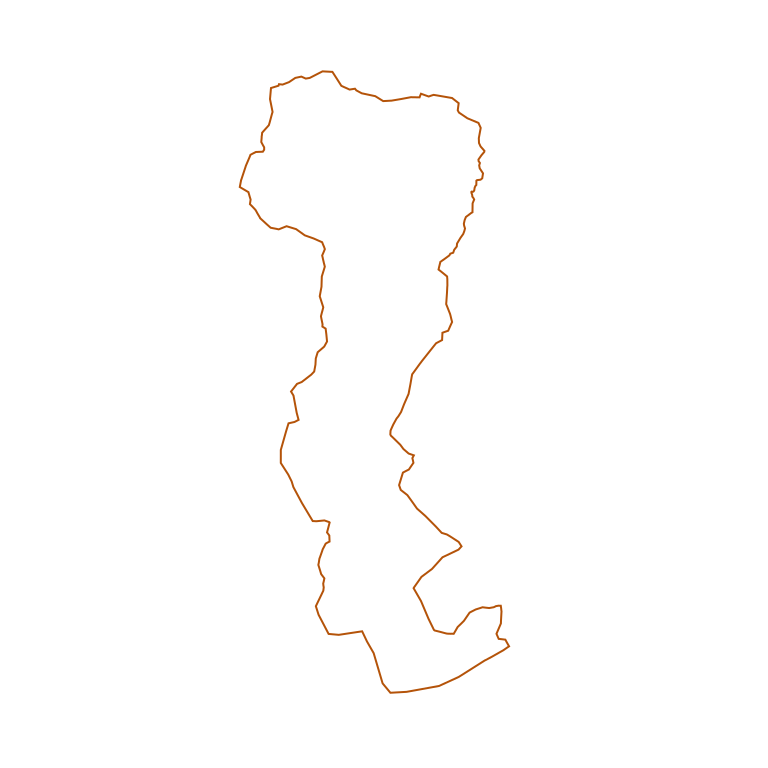 the district of Paikoro, Niger, Nigeria, rotated 107°
{"feature_id": "59680162B6318880418470", "entity_name": "Paikoro", "entity_type": "district", "adm_level": 2, "iso_a3": "NGA", "parent_name": "Nigeria", "parent_adm1": "Niger", "projection": "albers", "projection_center": [6.843, 9.493], "detail": "fine", "context": "isolated", "style": "outline", "palette": "amber", "viewbox_px": 768, "rotation_deg": 107, "n_neighbors": 0, "source": "geoboundaries", "source_scale": "gbopen_adm2", "svg_char_len": 4906}
<svg xmlns="http://www.w3.org/2000/svg" viewBox="0 0 768 768"><g transform="rotate(107 384 384)"><path d="M606.1,194.3L605.8,194.0L603.7,192.0L600.0,189.1L598.3,187.7L596.8,189.3L594.8,191.4L593.0,193.2L593.6,196.6L594.2,199.8L590.0,203.4L587.2,203.1L578.8,202.2L576.2,202.9L567.3,205.1L566.9,205.2L566.6,205.4L564.0,206.5L561.9,207.5L562.5,209.6L563.7,212.0L564.4,212.7L565.4,213.8L567.5,217.9L568.2,221.6L568.7,224.5L570.2,226.6L572.4,229.8L572.9,230.5L573.4,231.0L575.9,233.6L577.6,235.3L580.4,236.2L587.1,238.3L590.5,240.1L594.8,242.5L599.6,243.6L602.5,244.3L603.2,246.9L603.5,247.6L603.6,248.2L603.8,248.9L604.0,249.5L604.1,250.0L604.3,250.9L604.4,252.2L604.6,257.7L604.9,263.5L604.5,264.4L595.5,272.8L580.8,285.1L570.6,296.0L570.0,295.9L557.5,291.8L546.8,284.0L532.6,277.4L520.6,264.3L516.6,262.4L513.2,266.4L510.4,276.2L509.5,279.9L509.5,285.3L505.3,292.5L498.2,305.7L493.5,316.0L491.5,318.6L489.4,321.3L484.6,327.6L483.4,329.2L482.9,330.5L482.2,332.3L480.6,336.5L480.4,337.0L476.3,340.0L473.7,340.0L466.0,340.0L463.2,340.0L460.8,337.6L458.5,335.2L456.2,334.5L453.0,333.5L450.8,332.8L448.6,334.0L448.3,334.2L448.1,334.3L446.6,335.2L443.5,334.6L443.3,340.1L440.5,346.4L437.4,350.6L435.0,355.2L432.1,360.8L431.4,362.3L430.4,363.2L426.7,364.1L424.7,363.9L420.1,363.3L417.2,362.7L413.4,361.9L410.6,360.8L405.8,359.5L397.6,358.9L394.9,358.6L386.3,357.6L376.4,358.7L369.3,359.6L366.5,359.9L364.0,359.0L353.8,355.5L353.1,355.2L351.1,354.5L348.8,353.6L333.8,347.7L329.8,346.1L327.5,343.8L325.0,341.3L321.8,342.1L317.9,343.1L316.4,341.1L314.3,338.2L310.9,337.8L310.0,337.7L307.7,337.4L304.8,337.0L302.2,338.6L299.3,340.3L297.7,341.3L291.9,345.9L289.4,347.9L286.7,348.5L278.1,350.5L272.6,351.9L271.6,352.1L271.2,352.2L265.2,354.1L262.7,355.1L259.4,363.2L258.6,365.3L256.1,365.5L250.7,365.8L246.9,362.8L241.9,359.1L240.0,358.7L238.2,356.2L235.1,356.1L231.3,354.6L228.3,355.2L221.9,353.6L217.4,352.1L214.3,351.9L211.6,352.0L209.1,353.7L207.4,354.5L203.7,354.8L200.3,354.5L195.1,350.7L193.9,349.6L185.3,352.1L181.2,351.7L179.9,353.0L179.0,354.3L177.3,355.0L175.6,356.3L174.7,356.6L174.3,356.3L174.3,355.4L173.9,354.8L173.6,354.6L172.5,354.3L169.8,354.7L167.9,354.5L166.7,353.9L162.5,355.1L161.8,354.6L160.4,351.4L158.6,350.2L153.6,350.9L149.8,355.5L147.1,356.9L144.6,356.9L143.2,358.7L141.7,359.3L136.8,357.7L132.8,356.0L131.7,356.1L128.6,361.1L125.8,363.6L121.2,365.2L110.8,366.4L106.7,370.0L105.5,382.0L102.5,391.7L100.7,393.5L93.6,394.7L91.2,401.0L90.6,402.5L90.9,404.7L92.5,417.4L93.0,421.1L94.3,423.0L96.0,425.3L95.8,429.6L95.6,433.5L97.7,433.7L99.5,433.8L101.9,442.2L106.6,451.2L110.8,459.6L113.7,467.5L111.3,476.5L112.5,490.3L111.3,496.3L110.1,498.1L112.5,503.0L112.1,505.9L111.7,509.3L111.3,512.0L109.4,514.2L107.7,516.2L105.9,518.3L102.1,522.8L100.6,524.6L103.0,534.2L113.0,544.5L114.8,548.1L114.2,552.9L117.2,558.3L123.1,563.1L127.3,568.5L128.0,572.1L129.0,572.1L129.6,572.1L132.5,576.4L134.0,578.6L134.4,578.5L135.0,578.4L144.9,576.3L156.4,570.1L158.9,570.1L167.5,569.8L170.2,569.8L175.8,572.4L179.3,574.0L181.8,573.5L182.0,573.5L182.6,573.4L183.3,573.3L183.9,573.1L185.2,572.8L185.7,572.7L188.5,572.1L191.0,569.6L192.7,567.8L195.0,567.1L197.3,567.8L198.4,571.0L199.6,574.4L203.8,578.7L206.4,578.9L214.8,579.8L215.7,579.9L217.1,579.9L230.4,580.2L231.0,580.3L231.2,580.2L235.1,579.8L237.8,579.5L240.1,570.0L240.1,569.8L243.3,567.7L243.8,567.4L246.6,565.5L248.5,565.2L251.2,564.8L252.9,561.6L254.5,558.8L254.8,558.3L254.9,558.1L255.0,558.0L255.0,557.9L255.2,557.7L255.3,557.6L256.2,556.6L257.6,555.2L260.7,551.8L261.5,550.9L261.7,550.7L261.8,550.7L261.9,550.4L265.4,543.1L267.7,538.1L267.5,536.0L267.1,532.4L266.9,529.9L261.6,523.3L261.6,513.3L265.0,503.2L265.4,493.9L266.5,484.8L266.5,484.6L268.3,483.2L270.3,481.5L272.3,480.0L275.7,480.3L279.2,480.7L281.4,479.4L281.6,479.3L282.2,479.0L284.7,477.5L284.8,477.5L286.8,476.3L286.9,476.2L289.1,474.9L299.4,474.9L309.3,472.2L318.9,471.1L328.4,464.5L330.3,464.4L332.5,464.3L333.5,464.3L337.6,464.1L339.2,463.3L344.9,460.2L345.1,460.2L347.1,459.7L348.1,456.0L353.5,453.6L360.0,450.9L365.7,452.1L373.0,456.7L379.5,456.7L385.6,455.2L392.5,454.4L396.3,456.3L406.2,463.3L409.3,467.2L418.4,470.7L421.5,467.2L437.2,459.0L443.3,455.2L446.5,458.5L449.5,463.8L457.6,463.8L477.2,463.4L489.7,459.6L498.6,449.1L504.2,443.8L509.1,440.5L521.8,427.7L535.9,412.1L535.0,408.5L531.9,401.1L532.1,395.9L532.3,395.5L539.2,395.2L542.6,395.1L543.9,393.3L544.9,392.0L550.6,390.0L552.2,391.7L553.7,393.1L555.9,393.5L560.1,394.3L561.7,394.3L568.7,394.6L569.7,394.7L570.6,394.6L574.0,394.1L576.2,393.9L577.5,393.0L581.9,390.0L584.2,388.5L585.7,386.4L587.3,384.2L590.7,383.9L592.6,383.8L594.7,382.9L596.0,382.2L599.4,381.6L616.4,384.2L623.8,379.1L639.2,363.9L637.1,353.9L626.9,332.6L635.2,325.0L644.4,315.2L670.7,297.8L677.4,287.6L671.8,272.4L665.0,259.2L656.7,243.1L642.3,226.9L618.8,206.7L618.5,206.3L613.2,201.0L606.1,194.3Z" fill="none" stroke="#b45309" stroke-width="2"/></g></svg>